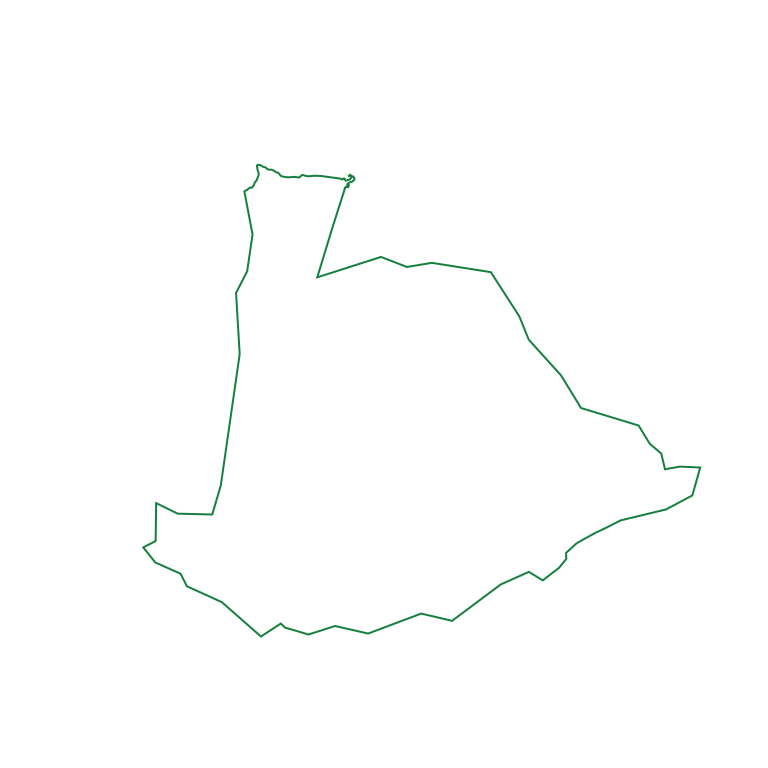 Tarialan, Hövsgöl, Mongolia, rotated 253°
{"feature_id": "93677404B32165000008525", "entity_name": "Tarialan", "entity_type": "district", "adm_level": 2, "iso_a3": "MNG", "parent_name": "Mongolia", "parent_adm1": "Hövsgöl", "projection": "orthographic", "projection_center": [102.556, 49.659], "detail": "fine", "context": "isolated", "style": "outline", "palette": "green", "viewbox_px": 768, "rotation_deg": 253, "n_neighbors": 0, "source": "geoboundaries", "source_scale": "gbopen_adm2", "svg_char_len": 4966}
<svg xmlns="http://www.w3.org/2000/svg" viewBox="0 0 768 768"><g transform="rotate(253 384 384)"><path d="M383.6,535.6L383.9,535.5L384.0,535.4L409.0,533.2L459.7,518.9L485.9,465.1L489.2,440.2L506.4,418.2L505.5,351.4L552.2,382.8L552.4,383.0L582.4,403.8L582.5,403.7L582.9,403.7L583.0,403.8L583.0,404.0L583.0,404.3L583.4,404.8L583.7,405.1L583.8,405.5L583.7,405.8L583.4,405.9L583.2,406.1L583.1,406.3L583.2,406.5L582.9,406.9L582.8,407.1L582.7,407.3L582.8,407.5L583.0,407.7L583.4,407.9L583.7,408.1L584.1,408.3L584.3,408.4L584.6,408.4L584.8,408.2L584.8,407.9L584.6,407.7L584.7,407.4L584.8,407.3L585.0,407.1L585.4,407.1L585.7,407.2L585.8,407.4L585.9,407.5L586.0,407.8L585.9,408.1L585.7,408.2L585.4,408.3L585.3,408.5L585.6,408.5L585.9,408.5L586.1,408.5L586.3,408.7L586.5,409.0L586.7,409.6L586.8,410.0L587.0,410.7L587.0,411.2L586.9,411.7L586.8,412.4L586.8,412.9L586.9,413.1L587.0,413.4L587.2,413.7L587.5,414.0L587.6,414.3L587.8,414.9L587.9,415.2L588.2,415.5L588.8,415.7L589.3,415.8L589.7,415.8L590.0,415.7L590.3,415.5L590.6,415.4L591.0,415.4L591.4,415.2L591.6,415.1L591.7,414.9L591.8,414.5L592.0,414.2L592.2,413.9L592.5,413.5L592.8,413.3L593.1,413.2L593.5,413.0L593.8,413.1L594.0,413.0L594.0,412.9L593.7,412.7L593.5,412.2L593.5,411.7L593.5,411.3L593.3,411.2L593.2,411.2L593.2,411.3L593.1,411.5L593.2,411.8L593.3,412.1L593.2,412.4L592.9,412.8L592.6,413.1L592.4,413.4L592.2,413.4L591.7,413.5L591.3,413.5L591.2,413.4L591.0,413.1L590.7,412.7L590.5,412.3L590.3,412.1L590.1,412.0L590.0,411.8L589.8,411.3L589.7,411.0L589.6,410.4L589.6,409.6L589.5,408.9L589.5,408.1L589.6,407.4L589.6,407.1L589.8,406.8L590.1,406.6L590.3,406.5L590.7,406.4L591.2,406.4L591.7,406.4L591.8,406.4L592.0,406.2L592.3,405.8L592.2,405.6L592.2,405.4L592.0,405.1L591.9,405.0L591.9,404.7L591.8,404.2L591.9,403.8L592.1,403.4L592.3,403.1L592.9,402.9L601.3,384.7L602.1,382.3L602.4,381.2L603.1,380.0L603.1,379.7L603.3,378.8L603.5,378.3L603.6,377.4L603.8,377.1L603.9,376.9L604.0,375.6L604.1,375.4L604.3,374.3L604.4,373.8L604.5,373.5L604.6,373.0L604.7,372.7L604.9,372.2L605.1,371.7L605.3,371.2L605.5,370.8L605.7,370.3L605.9,369.9L606.1,369.6L606.5,369.2L606.8,368.8L607.1,368.4L607.4,367.8L607.5,367.4L607.7,367.0L607.7,366.6L607.6,366.3L607.4,365.8L607.3,365.4L607.0,365.0L606.8,364.6L606.6,364.2L606.4,363.9L606.4,363.6L606.5,363.3L606.5,362.9L606.6,362.5L606.6,362.3L606.8,362.1L606.9,361.7L607.1,361.4L607.2,361.1L607.4,360.7L607.6,360.2L607.8,359.8L608.0,359.4L608.1,358.9L608.3,358.8L608.3,358.7L608.5,358.0L608.6,357.8L608.6,357.5L608.7,357.2L608.8,356.7L608.9,356.2L609.0,355.7L609.2,354.7L609.3,354.0L609.4,353.8L609.5,353.6L609.7,352.9L609.9,352.3L610.1,351.9L610.2,351.4L610.5,350.7L610.8,350.0L611.2,349.2L611.6,348.6L611.9,348.1L612.1,347.5L612.4,347.1L612.7,346.8L613.0,346.4L613.3,346.1L613.6,346.0L614.3,345.7L614.8,345.5L615.0,345.5L615.3,345.4L615.8,345.2L616.2,345.0L616.6,344.7L616.9,344.4L617.2,344.0L617.4,343.7L617.8,343.2L618.1,342.8L618.4,342.5L618.6,342.3L618.9,342.1L619.2,341.8L619.5,341.6L620.0,341.2L620.5,340.7L620.8,340.4L621.0,340.2L621.3,339.8L621.6,339.4L621.7,339.1L622.0,338.7L622.2,338.1L622.3,337.7L622.4,337.2L622.5,336.8L622.8,336.5L623.0,336.1L623.2,335.7L623.5,335.4L624.1,335.0L624.7,334.7L625.1,334.4L625.7,334.1L626.0,333.7L626.2,333.4L626.4,333.0L626.6,332.6L626.8,332.3L627.0,332.1L627.3,331.8L627.7,331.3L628.1,331.0L628.3,330.8L628.7,330.6L629.0,330.3L629.4,329.8L629.6,329.4L629.9,328.9L630.1,328.5L630.3,328.1L630.4,327.6L630.3,327.1L630.2,326.4L629.6,326.2L629.3,326.2L629.0,326.2L628.6,326.1L628.1,326.1L627.5,326.0L626.6,325.8L626.1,325.7L625.4,325.7L624.2,325.7L622.9,325.8L622.0,325.7L621.3,325.5L620.8,325.3L620.5,325.2L620.3,325.1L619.5,324.5L619.0,324.1L618.4,323.6L618.0,323.2L617.5,322.9L617.1,322.7L616.7,322.3L616.3,322.0L615.9,321.6L615.7,321.2L615.4,320.9L615.2,320.5L615.0,320.1L614.6,319.6L614.3,319.3L614.1,319.0L613.7,318.8L613.4,318.6L613.0,318.3L612.5,318.0L612.3,317.8L612.1,317.5L612.1,317.3L612.0,317.1L611.8,316.9L611.6,316.5L611.2,316.3L610.9,315.9L610.5,315.6L610.5,315.1L610.5,314.8L610.5,314.5L610.6,314.3L610.8,314.0L610.9,313.7L611.0,313.4L610.9,313.0L610.6,312.7L610.5,312.2L610.5,311.6L610.4,311.3L610.2,311.0L610.0,310.6L609.8,310.4L609.7,310.1L609.6,309.8L609.5,309.5L609.5,309.0L609.5,308.6L609.5,308.2L609.4,307.7L608.9,306.7L607.3,306.6L565.4,302.0L531.8,286.1L514.3,269.1L514.2,269.1L454.7,254.7L334.8,198.3L309.4,181.6L320.4,148.6L320.5,148.6L336.7,131.3L300.6,119.7L298.1,106.0L280.2,113.1L262.0,134.0L248.1,136.4L248.1,136.5L222.7,165.2L178.5,192.5L185.1,215.3L180.0,218.1L166.5,238.6L166.9,266.4L150.0,295.8L153.6,352.4L137.7,379.7L137.6,379.8L158.2,437.1L162.0,467.6L149.8,478.4L157.2,498.0L157.3,498.0L163.4,507.2L169.3,508.8L175.3,521.5L177.4,530.7L179.8,542.4L179.9,542.7L181.5,554.1L181.6,554.3L184.4,570.5L181.6,617.0L187.3,646.3L211.7,662.0L218.5,642.8L220.3,627.8L236.4,628.8L248.9,620.8L249.0,620.7L269.8,615.4L303.4,565.4L340.2,555.9L340.3,555.9L383.6,535.6Z" fill="none" stroke="#15803d" stroke-width="2"/></g></svg>